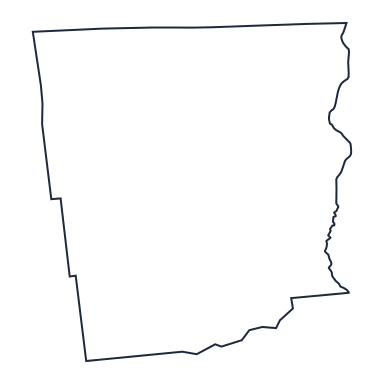 Clinton, New York, United States of America (Natural Earth projection)
{"feature_id": "52423323B88569310946047", "entity_name": "Clinton", "entity_type": "district", "adm_level": 2, "iso_a3": "USA", "parent_name": "United States of America", "parent_adm1": "New York", "projection": "natural_earth1", "projection_center": [-73.439, 44.72], "detail": "fine", "context": "isolated", "style": "outline", "palette": "slate", "viewbox_px": 384, "rotation_deg": 0, "n_neighbors": 0, "source": "geoboundaries", "source_scale": "gbopen_adm2", "svg_char_len": 1648}
<svg xmlns="http://www.w3.org/2000/svg" viewBox="0 0 384 384"><path d="M86.2,361.0L182.3,351.7L196.7,354.2L215.2,344.3L221.4,346.6L241.8,340.2L249.3,330.2L262.2,327.0L276.1,328.1L279.9,320.3L292.9,308.5L291.2,298.1L348.7,292.8L348.7,292.1L346.7,289.8L343.5,287.8L341.1,286.9L340.4,286.4L338.9,283.7L338.2,283.1L335.6,280.8L332.3,276.2L331.7,272.3L330.7,270.5L328.9,268.1L328.9,267.4L330.7,265.5L331.2,264.5L331.4,263.5L331.1,262.1L329.4,258.8L328.4,254.8L325.2,251.9L325.0,251.2L325.1,250.5L326.3,248.1L326.7,246.2L327.0,243.8L326.4,241.2L326.6,240.7L329.8,238.4L330.4,237.7L328.2,235.3L330.6,231.1L330.6,230.6L330.2,229.8L330.1,228.9L332.4,225.6L332.9,225.4L334.0,225.5L334.4,225.0L334.3,223.4L333.0,221.9L333.4,217.1L333.8,216.8L335.6,216.2L335.5,214.6L334.4,213.2L334.2,212.5L336.4,211.0L338.3,206.9L338.3,206.4L336.3,203.5L336.5,188.8L336.3,179.4L337.1,177.4L339.9,174.0L341.4,171.6L344.0,164.0L344.8,161.3L346.1,159.4L350.0,156.0L350.9,154.2L351.2,152.1L350.8,146.0L350.6,144.3L350.1,142.9L343.3,136.0L341.8,133.7L341.2,133.1L339.7,132.0L336.2,130.2L334.4,128.6L333.6,127.7L331.8,124.5L330.3,123.9L329.9,123.5L329.0,119.4L329.0,117.2L329.7,112.4L331.6,110.3L333.3,109.3L334.7,106.8L335.9,102.0L337.8,92.4L338.7,89.1L339.7,86.7L340.6,84.8L341.7,83.2L344.4,80.9L346.7,79.4L347.5,78.9L348.5,77.2L348.7,73.4L348.2,62.2L349.0,52.3L348.8,49.8L348.6,49.2L345.8,46.5L343.3,43.2L342.1,40.6L341.5,38.6L341.3,36.7L341.8,35.1L343.3,32.6L346.5,23.0L303.3,24.0L210.6,27.3L194.2,27.6L154.1,27.5L102.9,28.6L32.8,31.8L40.9,85.4L42.5,103.6L42.1,124.1L51.3,199.2L60.6,198.4L69.7,276.5L75.7,275.7L86.2,361.0Z" fill="none" stroke="#1e293b" stroke-width="2"/></svg>